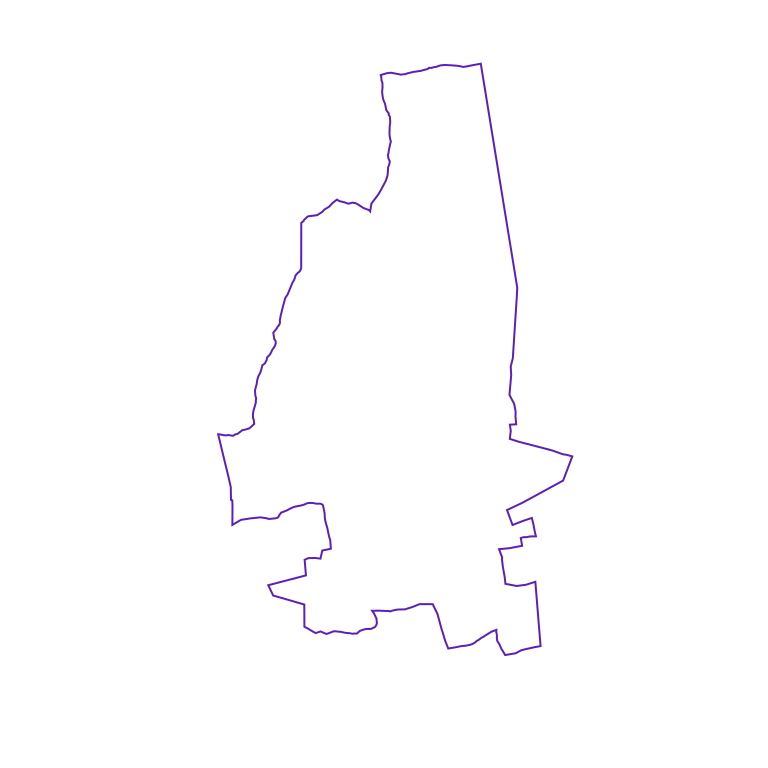 Akil, Yucatán, Mexico (Natural Earth projection), rotated 163°
{"feature_id": "50627088B40432744920645", "entity_name": "Akil", "entity_type": "district", "adm_level": 2, "iso_a3": "MEX", "parent_name": "Mexico", "parent_adm1": "Yucatán", "projection": "natural_earth1", "projection_center": [-89.34, 20.26], "detail": "fine", "context": "isolated", "style": "outline", "palette": "violet", "viewbox_px": 768, "rotation_deg": 163, "n_neighbors": 0, "source": "geoboundaries", "source_scale": "gbopen_adm2", "svg_char_len": 4740}
<svg xmlns="http://www.w3.org/2000/svg" viewBox="0 0 768 768"><g transform="rotate(163 384 384)"><path d="M347.4,89.4L336.8,88.0L330.3,89.3L318.2,88.4L310.9,87.6L297.1,150.6L307.1,150.5L316.3,152.1L326.3,157.4L324.9,164.8L324.5,168.5L323.7,174.9L322.5,181.6L321.7,183.7L322.3,192.4L313.0,190.5L311.1,190.2L299.2,188.9L298.2,196.8L295.3,196.7L294.4,196.5L292.9,195.9L291.3,195.8L289.5,195.6L287.1,195.0L284.8,194.3L283.2,193.9L283.1,197.0L282.9,199.4L282.1,206.7L281.8,212.7L291.4,212.4L302.3,211.6L303.2,227.5L286.1,230.0L240.9,239.3L229.9,253.5L225.1,259.7L228.0,261.6L231.0,263.4L232.8,264.1L235.4,265.9L237.9,267.8L243.1,271.6L271.6,289.1L279.7,294.7L277.7,299.4L276.5,301.9L275.5,308.3L269.4,306.8L268.7,310.0L268.0,313.1L267.8,314.6L267.5,315.3L266.6,317.8L266.0,320.4L265.8,322.6L265.5,325.0L265.4,327.3L267.2,336.9L259.7,355.5L257.7,363.7L253.3,370.9L231.8,427.8L228.4,437.2L197.8,662.0L208.3,663.2L212.6,663.6L215.4,664.0L216.9,664.8L218.2,665.6L219.6,666.3L221.6,667.2L228.1,669.7L229.6,670.2L232.3,671.2L234.0,671.6L236.9,672.2L238.8,672.2L241.7,672.0L243.9,672.4L246.7,672.5L248.4,673.2L250.0,672.5L251.3,672.5L252.9,672.6L255.4,672.7L257.3,672.7L260.3,673.2L261.9,673.4L264.9,673.9L265.8,673.9L268.3,674.1L269.6,674.1L271.3,674.3L272.8,674.0L274.7,674.5L277.1,674.8L286.5,679.7L290.7,680.4L296.8,680.4L296.8,680.1L296.9,678.1L297.6,675.0L297.5,672.4L298.7,668.0L300.2,664.5L300.8,662.0L301.2,659.3L301.5,657.3L301.4,654.6L301.1,651.5L301.7,645.2L300.3,641.3L300.8,640.1L300.2,638.1L301.4,632.8L303.4,628.2L305.7,621.5L306.2,618.5L306.5,616.1L306.5,614.0L307.9,611.7L311.0,606.1L312.3,603.4L313.3,601.8L313.8,598.3L313.4,595.2L313.9,594.1L315.1,592.0L316.7,590.0L319.1,583.6L319.9,582.0L322.6,578.1L329.7,570.9L334.4,566.6L343.2,560.3L346.8,553.1L347.5,554.7L352.2,558.3L356.7,563.7L358.4,565.3L361.3,566.7L365.3,566.8L368.7,569.3L373.3,572.0L375.1,574.1L380.6,572.0L384.6,569.6L390.2,568.2L392.5,566.7L398.6,565.0L402.7,565.7L407.1,566.5L408.4,566.4L410.0,565.5L412.8,564.1L413.2,563.4L416.0,562.3L429.2,519.4L430.0,518.1L431.3,516.7L432.2,516.1L432.9,515.8L434.0,515.5L436.9,513.6L439.4,509.9L441.7,507.9L450.0,497.8L453.3,495.1L458.7,486.5L463.3,478.7L464.0,477.2L465.0,475.3L465.7,472.7L467.4,470.7L468.7,470.1L470.8,468.1L472.7,466.9L474.9,465.4L475.3,462.3L475.8,459.1L475.1,457.0L475.6,454.6L477.0,452.5L481.2,449.0L482.3,447.7L484.5,445.5L488.1,443.5L489.1,441.4L491.9,438.5L494.8,437.5L497.6,433.0L499.2,430.8L502.1,427.9L504.2,424.6L505.8,421.1L507.5,418.5L509.3,415.5L510.3,411.0L510.5,409.2L510.4,407.7L511.4,405.7L511.9,403.9L514.5,399.8L516.4,397.0L517.4,395.0L518.4,392.8L519.2,389.7L519.0,387.9L519.8,383.8L523.5,381.9L526.2,380.9L530.6,381.0L532.9,381.3L538.7,379.1L540.8,379.3L543.5,378.6L548.0,380.8L549.6,380.9L552.1,381.8L555.5,383.7L557.3,384.4L558.8,359.7L559.9,340.4L560.7,330.1L564.2,317.9L563.1,317.1L564.5,311.8L570.2,293.6L560.5,295.9L551.4,294.6L541.1,292.6L535.7,290.0L533.6,288.6L530.7,288.0L527.0,287.3L525.1,287.2L523.9,287.7L522.6,289.1L521.4,290.0L520.0,291.1L519.6,291.1L518.6,291.1L515.5,291.4L514.9,291.4L513.8,291.5L513.2,291.6L511.6,292.0L507.5,292.6L507.1,292.7L505.3,292.7L503.8,292.6L502.4,292.5L500.0,292.2L499.3,292.1L496.1,292.0L495.9,292.0L494.9,292.1L494.5,292.1L493.8,292.3L492.5,292.4L492.4,292.4L491.2,292.3L489.8,292.0L488.2,291.5L486.8,291.0L485.7,290.4L485.4,290.2L484.0,289.5L482.2,288.8L481.1,288.6L480.6,288.4L479.4,287.9L478.4,286.9L477.8,285.8L478.6,277.6L479.6,273.9L480.1,270.6L480.3,266.8L480.3,262.9L480.7,258.9L481.1,254.4L481.1,250.4L482.1,245.8L483.0,242.0L491.7,242.8L495.8,235.6L500.6,237.7L507.2,239.6L511.3,239.1L514.6,223.8L546.2,225.1L553.5,225.4L551.8,214.1L524.7,196.4L531.1,175.1L528.2,172.3L524.1,167.7L522.1,165.8L517.0,165.9L512.2,161.8L510.3,161.8L504.6,162.2L502.6,161.7L500.5,160.7L497.9,159.7L495.7,158.4L494.2,157.6L491.5,156.4L489.6,155.7L487.1,154.3L485.5,154.1L483.5,153.5L482.7,153.3L479.5,154.9L476.6,155.1L472.6,155.0L469.6,154.0L467.8,153.6L464.0,154.2L463.0,154.7L462.0,155.6L461.1,156.7L460.6,157.8L459.8,161.9L460.2,164.6L460.6,167.3L461.6,170.6L459.4,169.9L456.2,169.1L454.9,168.6L453.7,168.3L452.0,167.5L451.9,167.5L450.8,167.3L448.5,166.3L447.5,166.1L445.7,165.5L444.6,164.7L442.9,164.8L440.2,164.7L437.4,164.4L435.0,163.8L430.0,162.4L422.4,162.4L414.3,163.1L401.8,159.2L400.1,148.6L400.6,132.7L400.5,127.7L400.6,122.8L400.5,119.4L399.9,112.2L398.4,112.1L392.8,111.3L389.3,111.0L386.4,110.7L383.3,110.0L378.4,109.4L375.8,109.5L373.1,110.0L370.1,111.3L368.6,111.5L365.0,112.8L362.5,113.2L361.6,113.6L359.3,114.2L353.8,115.7L348.4,116.0L349.2,113.8L349.3,111.7L349.7,110.0L350.4,107.9L350.8,105.3L349.9,101.9L349.7,101.0L349.4,98.5L349.2,96.3L348.4,93.8L348.0,92.1L347.4,89.4Z" fill="none" stroke="#5b21b6" stroke-width="2"/></g></svg>